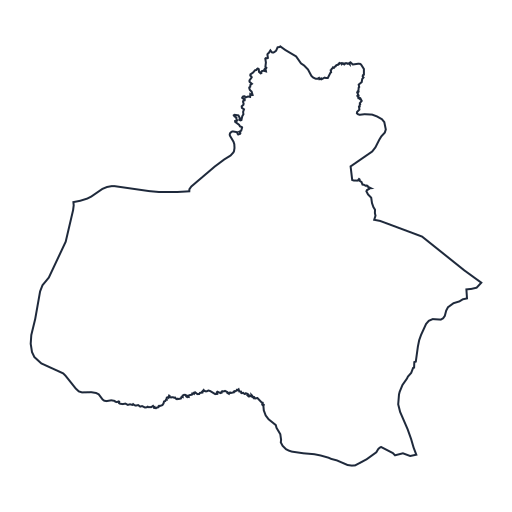 the district of Sahatsakhan, Kalasin, Thailand
{"feature_id": "78962969B18941921206705", "entity_name": "Sahatsakhan", "entity_type": "district", "adm_level": 2, "iso_a3": "THA", "parent_name": "Thailand", "parent_adm1": "Kalasin", "projection": "orthographic", "projection_center": [103.587, 16.732], "detail": "fine", "context": "isolated", "style": "outline", "palette": "slate", "viewbox_px": 512, "rotation_deg": 0, "n_neighbors": 0, "source": "geoboundaries", "source_scale": "gbopen_adm2", "svg_char_len": 5959}
<svg xmlns="http://www.w3.org/2000/svg" viewBox="0 0 512 512"><path d="M280.3,46.4L279.7,47.0L277.6,47.3L276.1,50.7L274.3,52.1L273.1,52.6L271.8,52.3L270.4,50.4L268.9,52.8L267.7,53.8L267.4,54.6L267.9,57.9L267.0,58.3L265.8,58.1L265.3,58.6L265.9,62.5L265.4,66.8L266.4,67.8L266.1,68.4L264.8,68.8L264.5,69.3L265.8,70.3L266.0,71.4L263.6,70.7L261.9,71.1L261.2,71.8L261.4,73.0L260.7,73.4L259.0,71.9L258.8,69.2L257.8,68.5L257.1,68.9L256.4,70.0L255.1,70.2L253.0,72.6L250.4,74.4L250.3,75.6L251.5,76.7L251.7,77.4L249.6,80.2L249.4,81.0L249.7,82.0L251.9,83.8L250.4,84.9L250.2,86.8L249.3,87.4L249.2,87.9L249.9,90.0L251.6,91.6L252.6,95.0L251.9,95.1L250.3,94.1L250.1,96.9L248.1,96.5L245.4,97.5L244.8,96.4L244.2,96.2L243.0,96.5L242.2,97.6L242.2,97.9L244.6,99.4L244.8,99.9L244.6,100.4L243.4,100.6L243.0,101.8L243.6,103.6L243.4,104.8L241.7,106.3L241.9,107.9L244.0,109.3L243.1,111.9L243.4,114.3L242.3,116.1L241.4,120.1L240.4,120.4L239.3,119.8L239.9,118.2L238.4,115.4L234.5,114.8L233.8,115.3L234.5,116.4L236.4,117.6L236.3,118.8L237.1,120.3L236.8,120.9L235.1,121.1L235.2,121.9L239.1,124.8L240.0,126.4L241.8,127.0L242.1,127.5L241.2,130.7L239.3,131.7L240.4,133.1L240.1,133.8L238.2,134.5L237.5,133.6L237.2,132.2L232.8,131.4L231.5,131.8L230.0,133.3L229.7,134.8L230.0,135.8L233.5,141.7L234.3,144.2L234.5,148.0L234.0,151.2L233.4,152.4L230.6,155.5L224.3,159.4L214.8,166.5L191.3,186.5L189.4,189.2L189.3,191.3L177.3,192.0L158.9,192.0L149.1,191.1L114.3,186.1L111.8,186.1L107.0,187.0L102.4,188.9L91.2,196.6L87.2,198.6L80.1,200.8L73.4,202.1L73.7,205.3L73.1,210.1L65.7,241.7L48.8,277.6L42.5,285.2L40.1,291.4L35.2,319.0L31.3,335.0L30.7,343.8L32.0,352.1L34.4,357.1L41.3,363.4L63.2,373.4L65.5,375.7L75.7,388.5L78.8,391.4L82.0,392.4L91.3,392.2L96.1,393.0L98.7,394.3L102.6,399.5L104.2,400.7L106.5,401.1L111.3,400.3L114.6,400.9L115.3,401.7L116.9,402.1L118.7,401.4L119.2,401.7L119.1,403.2L120.0,403.7L122.8,404.1L125.4,403.6L127.8,404.9L130.0,404.3L132.4,404.9L133.1,404.1L134.3,405.1L135.8,405.6L138.2,405.1L140.2,406.6L142.1,406.1L145.0,407.5L146.6,407.3L147.7,406.7L148.1,407.1L151.3,407.1L153.0,405.9L153.6,406.9L154.4,406.9L154.2,407.9L156.0,408.2L156.5,407.7L158.0,407.4L158.8,406.7L158.6,406.2L159.0,405.8L160.2,405.9L162.4,405.1L163.5,403.5L164.0,401.5L165.3,401.0L166.0,399.7L166.8,399.7L166.6,398.4L166.8,397.6L167.9,397.2L168.5,397.7L169.1,395.6L169.6,395.9L169.8,397.1L171.1,397.5L171.9,397.2L173.2,397.3L174.3,397.8L175.0,397.5L176.3,399.0L177.0,399.2L177.7,398.7L178.6,399.0L180.9,398.5L181.4,397.1L182.0,396.9L182.7,397.1L182.6,395.6L184.1,394.8L185.4,394.9L186.2,396.4L187.2,397.1L187.5,396.8L188.2,396.9L187.5,395.8L188.7,396.2L189.2,395.2L191.9,394.7L192.4,394.1L192.3,393.6L193.1,393.6L193.4,393.1L194.1,393.8L195.1,392.3L197.4,394.1L199.2,394.0L199.9,392.9L202.2,392.6L202.0,391.8L203.5,390.2L203.8,391.1L204.5,390.7L205.4,391.3L206.8,391.3L208.4,390.5L210.3,391.1L215.2,394.1L217.3,393.9L217.3,393.0L216.8,392.3L217.4,391.7L220.5,393.1L221.7,392.6L221.5,391.8L222.2,391.2L223.8,391.4L225.0,390.9L227.2,392.0L227.3,392.9L228.9,393.8L229.2,392.7L230.2,392.5L230.7,393.0L233.9,392.3L233.9,391.5L234.5,391.1L235.4,391.3L236.5,390.5L237.5,390.3L237.3,389.8L238.0,389.8L238.6,389.3L239.3,391.5L241.0,391.6L241.3,393.0L241.9,393.2L243.1,392.8L244.6,394.0L245.5,393.8L245.8,393.3L246.9,393.6L247.9,394.2L247.5,395.2L248.2,395.4L248.3,396.2L248.8,396.5L249.4,396.4L249.5,395.5L251.1,396.2L251.7,395.6L251.6,395.1L252.2,395.7L252.5,397.2L253.1,397.4L253.4,396.9L253.7,397.0L253.9,397.8L254.4,397.4L255.1,398.5L257.4,398.0L261.6,402.4L262.6,402.7L262.2,404.5L262.4,404.8L263.2,404.3L263.8,404.8L263.4,406.1L263.8,410.4L265.7,415.5L268.6,419.3L275.8,425.1L276.5,427.8L280.3,434.2L281.1,439.9L280.8,442.4L282.6,445.8L286.0,449.2L288.8,450.6L291.8,451.6L303.5,453.3L314.2,454.2L320.7,455.5L328.5,457.7L331.2,458.9L336.9,460.4L347.5,465.0L351.8,465.6L355.1,465.4L366.6,459.3L376.3,452.3L378.2,449.1L379.7,447.7L381.1,447.0L392.9,453.1L395.0,455.3L402.9,453.3L410.2,456.0L416.3,454.7L413.6,447.6L411.1,439.0L407.6,429.2L400.1,411.9L398.2,404.3L399.0,394.4L399.7,391.7L402.5,384.9L407.0,378.5L407.9,376.6L411.2,372.9L413.1,367.9L414.1,367.6L414.3,362.1L415.8,361.6L417.9,346.5L419.2,340.1L421.1,334.8L426.1,323.9L428.8,320.8L432.7,319.1L440.8,319.6L443.1,318.3L444.8,315.9L446.2,310.6L448.0,307.2L453.5,303.2L459.4,301.4L462.8,299.3L467.0,298.4L466.4,289.4L471.4,288.9L476.6,287.7L481.3,282.7L464.2,270.3L422.1,236.6L380.0,220.9L374.2,219.8L375.5,215.7L374.9,213.1L375.0,209.7L373.4,207.1L372.0,203.1L371.2,197.7L368.0,194.4L366.4,191.3L366.9,190.1L367.7,189.9L368.7,188.6L369.3,188.8L369.6,188.3L370.8,188.2L367.6,186.6L367.5,185.8L366.5,185.5L365.8,185.8L363.7,184.7L362.5,184.6L361.5,182.0L359.6,180.8L359.6,179.5L359.0,179.0L357.7,180.6L353.7,180.5L352.2,180.0L350.6,166.4L372.2,151.5L375.4,147.4L379.3,139.7L381.3,136.4L384.8,132.6L385.8,129.5L384.3,122.1L381.9,119.2L376.9,116.4L372.1,114.6L364.6,114.2L359.6,114.8L357.9,114.2L356.9,113.3L357.1,111.9L359.4,109.6L359.0,106.8L359.7,106.5L359.5,105.3L360.2,104.4L359.8,103.2L361.7,100.9L360.3,98.2L359.8,98.3L359.7,98.9L359.0,98.4L359.0,97.9L358.4,98.0L358.3,97.1L357.9,96.7L358.4,95.9L357.5,95.6L358.2,94.5L357.4,92.9L358.1,92.2L357.4,92.0L357.7,91.3L358.4,90.9L358.7,87.6L359.2,87.0L358.7,84.6L361.7,82.1L362.2,79.0L363.5,77.5L362.7,76.5L362.9,75.2L363.9,74.7L363.9,69.0L361.1,64.6L360.2,63.9L358.4,63.7L352.8,64.5L349.9,61.8L350.2,62.5L349.4,62.9L349.6,64.2L349.1,63.7L347.4,63.8L347.1,63.3L345.9,63.1L344.4,64.3L344.0,63.4L343.3,63.4L343.2,63.9L342.3,63.6L341.9,64.0L341.7,63.1L340.0,63.5L339.6,63.0L338.7,63.6L338.9,64.2L338.1,64.8L336.5,65.1L335.7,65.8L335.7,66.3L333.9,67.3L333.8,67.8L333.0,67.5L332.9,68.0L331.8,68.7L331.1,70.1L330.7,70.3L331.1,72.3L330.4,72.8L327.8,78.0L325.8,78.0L324.7,77.6L321.6,79.2L321.2,78.5L320.2,79.2L319.6,79.2L319.8,78.6L319.3,78.6L319.0,77.9L317.4,78.8L315.6,78.7L313.1,77.5L311.4,75.9L308.0,69.5L304.1,65.5L301.0,63.4L296.1,56.4L285.3,50.0L280.3,46.4Z" fill="none" stroke="#1e293b" stroke-width="2"/></svg>